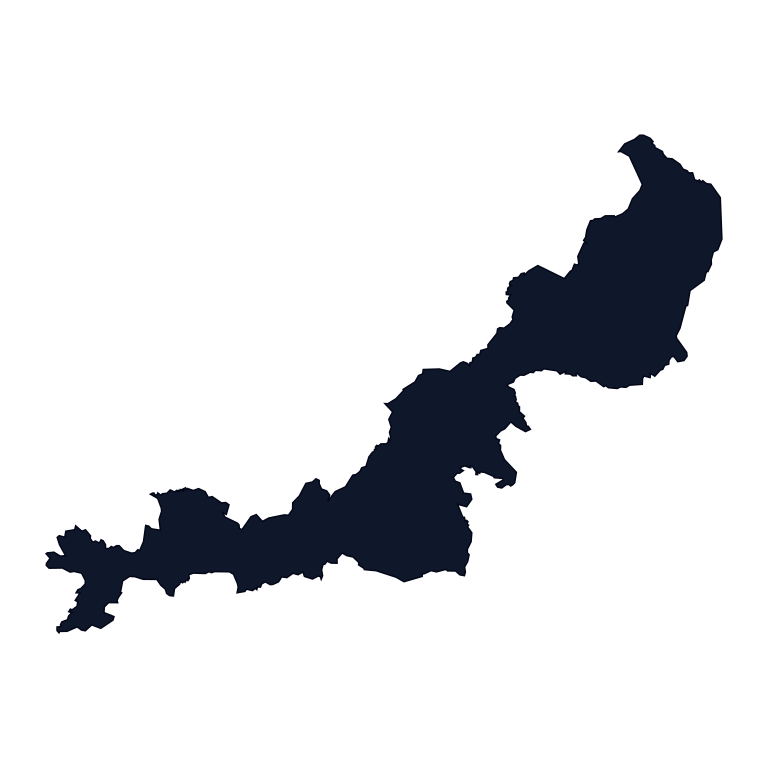 Zacapala, Puebla, Mexico (Albers equal-area conic projection)
{"feature_id": "50627088B97591121606853", "entity_name": "Zacapala", "entity_type": "district", "adm_level": 2, "iso_a3": "MEX", "parent_name": "Mexico", "parent_adm1": "Puebla", "projection": "albers", "projection_center": [-98.077, 18.596], "detail": "fine", "context": "isolated", "style": "filled", "palette": "ink", "viewbox_px": 768, "rotation_deg": 0, "n_neighbors": 0, "source": "geoboundaries", "source_scale": "gbopen_adm2", "svg_char_len": 6077}
<svg xmlns="http://www.w3.org/2000/svg" viewBox="0 0 768 768"><path d="M46.3,565.4L49.1,568.2L62.3,568.0L70.2,572.1L73.9,571.4L81.6,573.2L85.3,580.4L85.2,584.0L80.9,588.5L77.9,589.7L76.1,592.8L80.0,593.0L75.2,600.4L77.7,601.7L77.1,606.2L72.1,609.9L70.4,609.1L68.7,611.7L71.8,612.6L68.6,616.0L67.4,619.8L61.8,621.9L60.5,624.7L61.0,626.5L57.0,627.0L57.0,630.6L59.0,632.8L59.6,631.4L67.1,631.3L77.2,626.9L81.4,630.0L85.3,630.8L91.7,624.9L100.8,628.3L113.0,620.1L114.0,616.6L104.0,612.6L104.3,607.0L108.6,602.6L117.7,602.7L117.1,600.6L118.2,597.7L121.6,592.8L120.5,592.3L122.6,581.0L129.6,576.4L134.9,576.7L143.1,579.3L156.8,579.4L160.8,585.2L165.3,589.1L166.7,593.5L169.5,595.5L173.4,596.0L174.5,588.6L179.6,584.2L180.5,581.6L182.5,582.8L184.3,581.5L185.1,582.2L186.5,579.7L187.9,580.6L189.3,578.5L188.8,574.7L193.3,573.1L205.4,573.5L208.9,571.7L211.6,572.7L214.7,571.6L229.3,571.8L233.5,574.2L237.3,583.2L238.2,587.1L237.1,592.8L244.9,591.4L246.5,589.1L252.4,590.6L255.5,588.4L256.8,589.6L257.4,587.0L260.5,587.1L261.7,583.9L265.3,581.9L270.3,584.7L272.9,584.4L278.5,581.9L281.7,576.9L286.9,577.6L293.0,573.3L298.0,574.7L303.0,572.0L304.4,576.4L312.5,579.0L318.3,576.0L320.3,576.6L321.2,579.3L322.6,575.7L321.6,569.8L323.1,564.3L324.8,564.2L327.1,561.2L331.2,563.1L337.1,563.2L337.0,558.9L342.1,553.0L346.9,555.7L353.1,557.0L358.8,562.5L358.6,564.9L363.9,568.3L364.3,569.6L376.1,570.7L396.1,577.2L404.0,581.7L422.2,576.4L422.4,573.5L423.9,573.9L431.1,570.6L436.4,571.9L445.9,569.4L447.6,570.9L455.6,571.0L459.8,574.8L464.4,575.7L465.4,572.1L464.6,567.0L467.7,561.5L469.1,554.7L467.4,552.8L467.4,549.2L471.1,541.7L471.8,532.8L467.5,526.8L468.6,525.2L467.0,523.7L468.0,521.8L466.7,520.4L465.2,521.0L464.4,517.3L462.7,517.1L457.6,504.3L466.6,506.7L471.8,499.2L470.6,494.0L463.6,493.1L459.8,482.8L455.3,481.2L453.3,477.4L457.1,473.2L459.6,473.2L463.3,470.6L460.3,469.0L461.4,467.1L464.7,465.9L469.8,467.7L470.9,467.6L470.1,466.1L472.1,466.0L476.1,471.7L475.9,474.5L477.6,474.6L477.5,472.2L479.7,473.3L480.1,471.9L484.3,472.3L493.5,476.3L494.2,477.7L502.9,478.4L503.2,479.9L495.8,484.3L497.6,487.1L501.7,488.0L506.4,484.6L509.0,484.5L510.7,486.0L512.7,484.8L514.7,482.7L516.4,472.3L504.5,459.7L500.4,450.2L500.6,445.6L498.5,443.4L499.6,439.9L496.3,438.7L495.6,436.1L500.5,431.0L504.8,428.8L510.8,421.9L515.8,426.2L525.5,431.6L530.4,429.3L528.2,426.3L526.5,425.9L525.8,422.4L522.9,418.1L524.5,416.2L519.4,411.7L519.5,406.8L518.2,406.0L517.6,403.2L515.1,401.5L516.2,399.8L515.4,396.1L514.2,396.2L515.3,393.1L514.0,389.5L508.5,386.9L507.1,384.6L513.5,382.0L515.0,378.4L520.1,375.1L524.1,375.2L530.2,372.2L533.2,372.6L535.5,370.3L541.5,370.7L543.7,368.8L556.9,370.8L560.1,374.2L565.9,371.2L565.2,373.8L570.3,374.1L572.8,375.8L576.4,375.7L575.9,374.0L577.1,373.4L581.0,376.7L585.7,377.7L590.8,381.3L596.0,381.0L603.8,386.7L605.8,385.6L608.3,387.7L617.3,388.5L620.5,386.9L626.1,387.3L629.5,385.2L642.3,384.3L642.6,378.4L643.9,376.0L650.1,377.6L650.5,373.4L654.8,376.2L660.2,370.2L662.8,369.3L664.7,365.3L668.7,364.2L669.0,360.3L671.7,356.4L674.1,356.8L677.8,361.7L684.0,360.5L687.1,356.2L686.7,352.4L676.7,338.4L676.2,335.7L680.0,328.2L685.8,306.2L687.6,305.4L690.0,290.6L704.2,280.2L705.8,273.5L706.8,271.4L707.9,271.6L711.4,264.2L711.2,259.7L713.4,251.9L717.8,249.7L721.9,239.0L720.3,197.6L710.8,184.2L706.4,183.6L702.7,180.6L701.0,182.3L699.5,179.9L697.6,180.8L694.6,179.7L692.6,172.8L688.8,172.9L687.1,170.7L683.0,169.1L680.1,164.4L672.2,158.8L666.9,158.3L663.3,154.2L662.4,151.5L654.9,147.5L654.8,145.8L651.8,143.0L653.1,141.6L650.2,138.3L643.4,135.2L639.7,135.2L634.5,139.4L624.7,143.9L618.6,151.7L621.0,151.5L629.4,156.2L642.3,184.4L639.9,190.5L632.5,198.6L628.3,208.9L622.5,213.8L614.3,217.3L614.2,215.8L605.3,215.8L600.7,218.6L594.7,218.9L593.3,220.4L590.5,220.7L586.9,229.6L585.6,237.3L583.6,240.4L586.2,243.2L583.8,243.2L577.8,256.4L578.8,263.7L577.0,265.1L574.4,264.2L571.9,270.7L570.4,271.1L564.3,278.6L537.8,265.6L528.7,270.9L524.4,275.1L524.2,273.0L521.2,273.7L518.4,277.4L513.6,277.8L513.0,280.4L510.3,281.6L509.5,283.6L509.7,285.1L511.2,285.4L507.7,288.1L507.6,291.4L506.2,292.0L506.3,294.5L510.9,295.0L508.8,297.7L508.5,300.3L506.8,301.3L506.9,302.8L514.2,310.1L512.2,317.0L513.0,319.5L510.0,323.8L504.1,328.1L499.8,327.7L497.6,328.9L496.9,333.4L487.9,344.8L488.0,348.4L480.8,350.5L479.8,354.4L477.2,354.5L475.5,357.3L472.9,358.0L472.3,362.2L470.0,362.7L469.6,366.0L467.6,363.5L463.4,361.8L460.5,362.9L450.0,371.4L439.3,369.0L423.2,369.5L422.7,373.8L418.5,375.6L415.0,381.9L403.1,389.4L403.8,390.3L396.0,398.7L387.9,403.7L384.9,403.6L392.6,411.9L388.8,419.4L391.3,427.2L389.5,432.3L390.6,437.0L389.5,440.9L388.6,438.9L388.0,442.3L386.3,443.8L380.8,443.9L378.8,445.8L376.6,445.4L375.4,447.2L376.3,448.7L374.5,449.4L374.2,451.6L372.4,452.2L368.9,456.9L366.0,466.4L361.7,467.8L360.0,471.4L356.1,474.5L352.7,475.2L345.5,486.8L335.2,491.6L327.5,501.7L329.7,495.1L326.7,490.9L321.5,489.0L319.2,483.7L319.2,480.4L316.0,478.8L312.4,482.0L305.9,483.4L299.3,496.0L292.7,502.8L292.6,509.4L288.5,515.2L284.2,514.9L268.8,518.0L262.4,521.4L256.3,514.6L251.0,516.7L242.0,529.6L239.4,528.5L239.0,524.9L237.6,523.2L225.0,517.1L222.6,512.5L226.3,514.4L229.0,504.8L225.7,502.5L221.5,503.0L212.2,496.6L208.3,497.4L205.2,491.7L198.6,488.6L193.3,490.5L187.5,488.5L186.4,489.8L185.6,487.8L182.4,489.3L184.0,490.5L183.5,491.2L180.2,489.5L179.2,491.4L178.2,490.4L177.5,491.8L176.6,490.5L174.4,492.0L170.2,489.9L166.9,493.3L162.4,493.7L161.0,495.3L157.8,492.9L157.2,494.6L155.0,495.3L154.2,493.2L152.8,493.0L150.4,494.2L157.7,498.4L161.3,508.0L161.6,511.3L159.1,519.3L160.4,530.2L151.3,528.8L148.7,526.1L145.7,525.4L143.5,541.6L139.7,550.5L137.8,549.7L135.2,552.7L131.4,553.1L123.8,550.6L119.2,545.7L116.5,545.7L113.5,547.5L111.2,546.5L108.8,548.6L105.5,548.4L105.5,544.7L103.2,540.8L101.1,539.8L99.4,543.0L95.4,541.0L92.9,542.3L90.2,538.5L90.5,535.8L85.5,529.8L81.8,531.2L75.7,525.8L74.7,529.7L65.8,531.2L64.8,537.2L59.2,535.7L57.2,537.4L59.5,544.7L65.6,555.7L60.3,556.1L53.9,552.2L47.2,552.9L46.1,553.7L50.1,558.3L46.4,563.5L46.3,565.4Z" fill="#0f172a" stroke="#020617" stroke-width="1.5"/></svg>